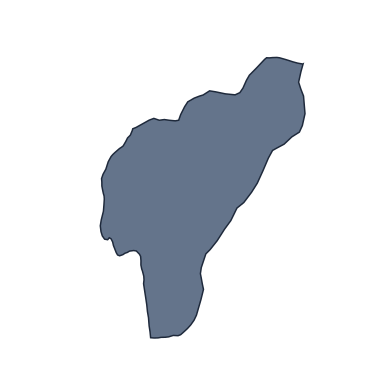 the district of Huddinge, Stockholm, Sweden, rotated 104°
{"feature_id": "70781695B98440364310876", "entity_name": "Huddinge", "entity_type": "district", "adm_level": 2, "iso_a3": "SWE", "parent_name": "Sweden", "parent_adm1": "Stockholm", "projection": "robinson", "projection_center": [18.029, 59.213], "detail": "fine", "context": "isolated", "style": "filled", "palette": "slate", "viewbox_px": 384, "rotation_deg": 104, "n_neighbors": 0, "source": "geoboundaries", "source_scale": "gbopen_adm2", "svg_char_len": 1786}
<svg xmlns="http://www.w3.org/2000/svg" viewBox="0 0 384 384"><g transform="rotate(104 192 192)"><path d="M343.4,196.9L342.8,193.3L341.7,189.5L340.5,186.8L339.4,182.8L338.2,179.6L335.7,175.5L334.8,170.8L333.2,168.5L329.0,165.6L325.6,163.4L321.3,161.1L315.9,159.0L310.5,157.9L294.2,157.3L283.7,157.3L278.8,159.7L273.5,162.1L269.2,164.1L263.1,164.7L248.7,163.6L243.5,160.5L233.2,155.8L220.1,151.4L210.3,147.4L196.7,144.5L189.7,139.2L178.0,134.2L167.7,130.8L154.2,128.3L140.6,126.1L132.2,123.9L128.9,120.4L123.3,114.2L114.4,108.5L107.9,102.3L100.9,101.0L88.7,101.3L71.9,107.0L65.8,111.3L59.7,115.1L49.0,115.4L40.9,115.2L41.0,115.3L41.2,117.7L41.4,120.7L41.3,125.6L41.0,129.8L40.8,133.3L40.6,139.5L40.9,142.2L42.1,146.4L43.2,149.5L43.7,152.1L45.7,153.6L56.4,159.6L64.8,164.6L70.5,166.2L78.9,167.7L84.0,169.6L87.3,173.7L88.7,183.4L89.1,193.4L89.6,199.4L95.2,204.7L97.1,207.9L100.4,212.6L105.5,217.9L111.1,219.8L119.5,221.7L125.6,222.3L127.0,225.4L127.9,231.4L128.4,236.4L130.3,241.1L129.8,246.8L132.6,250.9L137.3,255.9L142.9,261.9L145.0,264.8L146.7,264.8L151.8,265.6L155.1,267.6L159.1,268.5L163.9,269.9L165.7,271.3L167.4,272.9L172.3,276.3L174.8,277.9L177.2,279.1L182.9,280.6L190.6,281.1L196.3,282.6L200.9,283.0L204.1,281.9L208.0,280.9L211.5,279.3L215.0,277.6L217.0,276.4L220.0,275.4L226.0,274.3L232.1,273.3L241.1,273.3L247.0,272.8L252.5,270.7L256.3,268.4L258.9,265.4L258.7,262.3L256.4,261.2L257.0,259.2L259.7,256.9L262.9,255.3L269.1,250.9L271.1,249.0L271.4,246.8L269.5,243.9L267.6,242.2L266.2,240.0L264.5,238.4L262.9,234.4L262.7,231.7L265.1,227.9L266.9,226.3L271.0,224.9L275.2,223.9L278.8,222.2L280.6,221.0L285.4,218.4L288.9,217.3L292.7,216.8L304.9,211.7L312.4,208.6L318.8,206.3L324.5,203.8L332.3,201.2L337.8,198.9L343.4,196.9Z" fill="#64748b" stroke="#1e293b" stroke-width="1.5"/></g></svg>